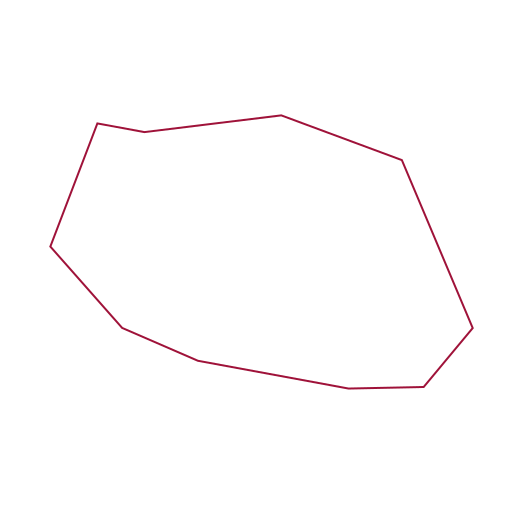 map outline of Kobilje (Natural Earth projection), rotated 350°
{"feature_id": "SVN-1043", "entity_name": "Kobilje", "entity_type": "Municipality", "adm_level": 1, "iso_a3": "SVN", "parent_name": "Slovenia", "parent_adm1": "", "projection": "natural_earth1", "projection_center": [16.381, 46.68], "detail": "fine", "context": "isolated", "style": "outline", "palette": "rose", "viewbox_px": 512, "rotation_deg": 350, "n_neighbors": 0, "source": "natural_earth", "source_scale": "10m", "svg_char_len": 332}
<svg xmlns="http://www.w3.org/2000/svg" viewBox="0 0 512 512"><g transform="rotate(350 256 256)"><path d="M129.0,100.2L167.6,114.6L305.3,121.9L416.3,186.9L456.9,364.6L398.4,414.1L393.0,413.3L324.1,402.6L180.6,349.1L111.7,303.6L55.1,211.0L112.1,115.8L122.8,97.9L129.0,100.2Z" fill="none" stroke="#9f1239" stroke-width="2"/></g></svg>